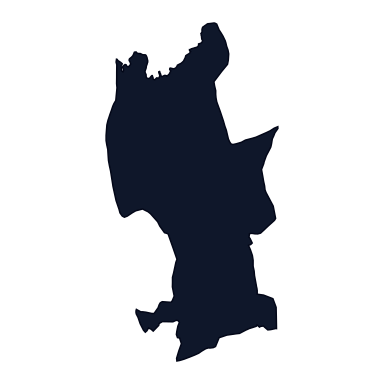 Riyad, Kafr ash Shaykh, Egypt
{"feature_id": "37247803B2291437615199", "entity_name": "Riyad", "entity_type": "district", "adm_level": 2, "iso_a3": "EGY", "parent_name": "Egypt", "parent_adm1": "Kafr ash Shaykh", "projection": "natural_earth1", "projection_center": [30.914, 31.32], "detail": "fine", "context": "isolated", "style": "filled", "palette": "ink", "viewbox_px": 384, "rotation_deg": 0, "n_neighbors": 0, "source": "geoboundaries", "source_scale": "gbopen_adm2", "svg_char_len": 4804}
<svg xmlns="http://www.w3.org/2000/svg" viewBox="0 0 384 384"><path d="M228.0,50.1L226.6,46.2L225.9,43.1L225.2,40.8L224.1,38.5L223.0,36.2L220.9,32.7L219.1,30.0L216.7,24.1L214.8,23.1L214.0,23.0L211.1,23.4L208.6,23.7L207.9,23.7L206.4,24.5L205.7,25.2L204.9,25.6L203.9,26.4L202.8,27.1L202.4,27.9L202.0,29.4L202.0,30.6L202.0,31.3L202.0,32.1L200.9,33.6L201.2,34.4L201.2,35.2L201.6,36.7L201.6,37.8L201.9,39.4L202.7,40.5L201.9,42.4L200.8,43.2L199.7,43.6L198.6,43.9L198.6,44.7L198.3,45.9L197.9,46.6L196.4,47.4L195.0,47.7L193.9,48.1L192.4,48.5L192.2,48.6L191.3,48.8L190.2,49.6L189.5,49.6L189.5,50.3L189.9,51.1L190.6,51.5L189.8,53.0L188.8,53.8L186.9,54.9L185.8,55.7L185.5,56.8L185.1,58.0L184.3,59.5L183.6,61.0L182.5,62.1L181.1,63.3L178.9,64.4L177.4,65.2L177.0,66.3L175.9,67.8L174.5,68.6L174.1,68.6L173.0,68.9L172.3,68.5L170.5,68.1L170.1,68.1L169.8,68.5L169.7,69.7L170.5,70.4L170.8,70.8L170.1,72.4L169.7,73.1L169.4,73.9L168.6,74.6L167.5,75.8L166.8,76.1L166.8,75.8L165.3,75.4L164.6,75.4L163.9,75.7L162.4,76.5L161.7,76.5L161.0,75.7L160.6,74.1L160.3,73.4L159.9,73.0L159.9,72.2L159.6,71.5L158.8,71.8L158.8,72.6L159.2,73.7L159.9,75.7L159.5,76.4L159.2,77.6L158.8,78.0L157.7,78.0L156.6,77.9L155.5,79.1L154.8,79.8L153.7,79.4L153.0,78.7L153.0,77.5L152.6,76.7L152.3,75.6L151.9,75.6L151.2,76.3L150.5,77.1L149.7,78.2L148.6,78.6L147.2,78.2L146.5,77.8L146.1,76.3L146.1,74.7L145.8,74.0L145.4,73.2L145.0,72.1L145.1,70.9L145.4,70.1L146.2,67.8L146.2,67.1L146.5,65.5L146.9,64.8L147.3,63.2L147.7,62.1L147.7,60.6L147.3,59.0L147.0,57.5L146.3,55.9L145.9,55.2L145.2,54.8L144.1,54.8L143.7,54.8L142.6,54.7L141.2,54.0L140.5,53.6L139.0,53.5L137.9,53.5L136.8,52.8L136.1,52.4L136.1,52.0L135.0,52.0L134.3,52.3L133.6,54.2L132.8,55.8L131.4,57.3L129.5,58.8L129.4,59.1L129.2,59.6L129.2,59.9L129.2,60.7L129.9,61.5L130.2,62.6L130.6,63.4L130.6,64.2L130.2,64.9L129.1,66.1L128.4,66.8L126.9,66.4L126.6,65.7L126.2,64.9L125.1,64.5L124.0,65.3L122.6,66.8L122.6,67.5L123.3,68.7L123.6,69.9L123.6,70.6L122.9,71.8L121.5,70.6L121.5,69.1L121.1,67.5L121.1,66.4L121.1,65.6L121.9,64.8L122.2,63.7L120.8,62.5L119.7,61.7L117.9,60.6L117.2,59.4L116.5,59.2L116.1,62.1L116.8,64.8L116.7,72.5L116.7,77.8L116.6,83.6L117.0,87.8L115.8,100.5L114.0,103.5L112.8,106.2L111.4,110.4L109.9,114.6L108.8,118.0L108.0,120.3L106.9,124.9L106.5,129.9L106.1,135.3L106.1,140.6L106.8,144.9L107.8,149.5L108.1,154.8L108.5,160.6L109.5,166.0L110.6,171.0L112.6,183.7L113.0,186.4L116.1,200.6L118.4,207.4L119.0,209.1L120.0,212.9L122.2,216.0L122.7,216.3L124.4,217.2L127.3,216.1L132.4,212.7L135.7,210.8L142.6,209.0L145.5,210.5L148.0,211.7L150.5,213.7L157.7,221.8L159.8,226.1L164.5,232.7L166.6,233.3L168.1,233.9L173.0,247.7L173.9,250.3L177.0,259.3L175.9,262.3L173.6,273.1L173.5,273.5L172.5,277.3L172.5,283.0L172.4,286.9L174.2,296.1L172.3,300.7L171.5,301.8L171.2,302.2L169.4,302.2L162.2,301.7L160.3,302.8L159.2,304.7L158.1,307.8L156.6,309.9L154.1,313.5L151.9,313.5L145.8,312.2L142.5,311.8L140.7,311.8L139.3,311.0L137.8,310.2L136.4,309.4L136.1,310.4L136.0,311.0L136.0,312.5L136.3,314.0L138.1,317.5L140.2,323.7L143.5,330.2L145.3,332.2L146.3,331.3L146.9,330.8L148.5,328.0L151.1,329.2L153.2,331.1L158.7,325.4L159.1,323.5L162.4,321.6L168.5,321.7L172.5,321.8L172.9,321.8L176.2,320.3L178.3,320.7L179.4,322.6L178.7,324.1L177.9,326.1L176.8,331.4L176.4,334.5L177.5,337.6L179.6,338.0L181.4,343.7L180.3,346.8L178.8,351.0L176.6,358.3L176.9,361.0L178.3,360.7L179.1,360.6L181.3,360.0L184.2,359.1L190.0,356.9L194.7,355.0L198.7,353.2L200.8,351.7L202.0,350.9L205.7,348.7L207.3,348.2L208.2,347.9L210.0,348.0L213.3,347.6L215.5,346.5L218.0,340.4L219.1,337.7L222.4,336.6L226.8,335.1L236.6,333.7L239.5,333.4L243.1,331.5L246.0,330.0L247.6,329.3L249.3,328.5L252.9,327.4L256.2,326.3L257.0,325.0L259.5,327.1L260.6,326.4L263.5,326.0L264.2,326.8L267.8,329.9L270.7,329.6L275.8,328.5L276.5,328.6L276.3,316.5L276.1,307.3L272.9,298.7L263.6,295.1L257.2,294.2L257.2,290.6L256.9,288.3L256.5,286.8L256.2,284.9L254.5,275.6L254.1,271.0L253.3,267.2L253.1,266.0L253.1,260.3L252.4,255.7L252.2,255.0L250.3,249.5L248.9,246.4L248.5,245.3L249.6,244.9L250.7,244.5L251.8,243.4L252.2,243.0L250.0,238.4L249.0,237.2L249.4,233.8L250.8,233.4L252.3,233.4L254.8,233.8L257.7,233.9L260.6,233.1L268.6,225.6L274.5,220.3L275.6,218.4L273.2,206.1L266.0,192.5L265.0,189.8L264.6,186.0L263.6,181.4L262.9,177.2L261.5,169.5L263.7,163.7L264.1,161.8L266.3,155.7L269.3,150.0L270.8,147.0L271.5,143.9L272.3,138.9L273.7,135.9L274.9,132.8L277.9,128.5L277.8,126.7L274.2,128.2L270.2,130.8L266.2,132.7L260.3,135.3L256.0,137.2L252.3,138.3L245.4,140.1L241.4,142.3L236.3,143.8L233.0,144.5L231.2,144.1L229.8,142.2L228.4,139.1L227.3,134.5L226.3,130.2L224.8,126.0L223.4,121.0L220.2,111.4L217.5,104.0L216.7,101.7L216.0,97.9L215.7,94.4L215.7,91.3L215.7,90.6L214.6,86.0L213.9,81.7L221.6,71.5L227.5,64.3L228.3,60.1L228.7,53.9L228.0,50.1Z" fill="#0f172a" stroke="#020617" stroke-width="1.5"/></svg>